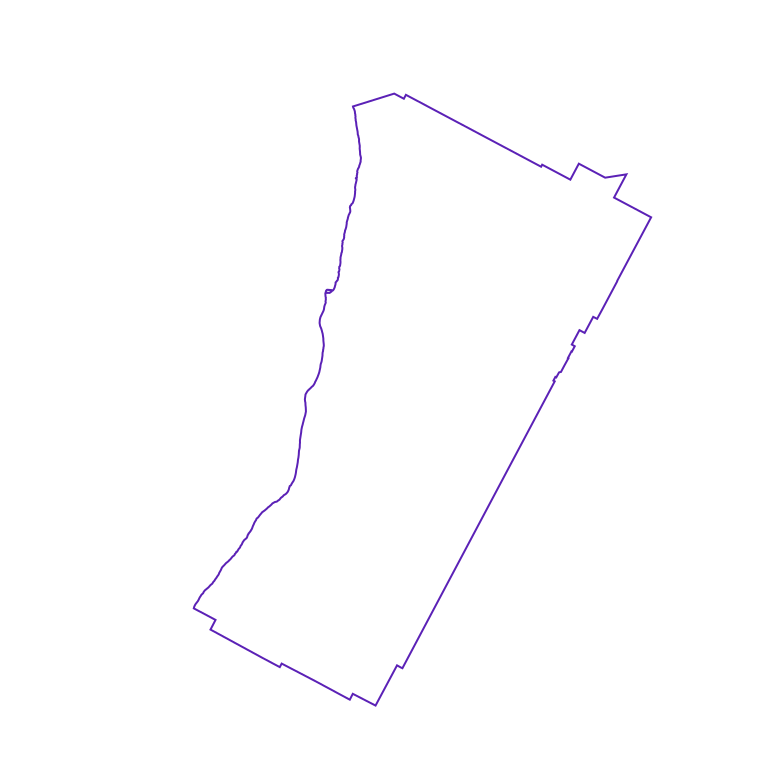 outline of Irwin, Western Australia, Australia, rotated 28°
{"feature_id": "25037944B44454952814800", "entity_name": "Irwin", "entity_type": "district", "adm_level": 2, "iso_a3": "AUS", "parent_name": "Australia", "parent_adm1": "Western Australia", "projection": "mercator", "projection_center": [114.943, -29.341], "detail": "fine", "context": "isolated", "style": "outline", "palette": "violet", "viewbox_px": 768, "rotation_deg": 28, "n_neighbors": 0, "source": "geoboundaries", "source_scale": "gbopen_adm2", "svg_char_len": 6114}
<svg xmlns="http://www.w3.org/2000/svg" viewBox="0 0 768 768"><g transform="rotate(28 384 384)"><path d="M527.5,671.9L527.6,626.3L532.2,626.4L533.7,626.3L533.5,403.4L533.5,301.5L532.0,301.5L532.0,297.3L533.0,297.3L533.1,291.9L533.2,291.4L534.6,290.3L534.6,283.0L534.7,275.7L534.8,275.4L534.8,274.7L534.2,274.7L534.2,267.2L534.7,267.2L534.7,261.1L531.3,261.0L531.3,244.7L537.2,244.7L537.2,226.5L541.6,226.4L541.7,215.1L541.7,183.9L541.5,183.5L541.6,111.4L499.6,111.4L499.6,85.1L482.4,98.0L452.6,98.0L452.6,116.1L420.7,116.1L420.7,118.4L267.6,118.4L267.6,122.8L256.7,122.8L226.3,153.5L227.1,154.4L228.5,155.3L229.8,156.5L230.5,157.3L231.3,158.6L232.1,159.4L232.5,160.2L233.1,160.9L233.5,161.7L233.7,162.3L234.8,163.7L235.1,164.4L236.5,166.0L238.2,168.6L242.3,173.7L243.8,176.1L244.7,176.8L245.6,178.0L246.3,178.7L247.0,179.5L248.1,181.6L250.8,185.1L251.1,185.7L251.3,186.2L251.7,186.8L251.9,187.4L253.8,190.2L255.0,192.2L255.2,192.6L256.8,194.3L257.5,195.2L257.8,195.9L258.6,198.0L258.8,198.4L259.0,198.6L259.1,198.9L259.1,199.2L259.2,199.8L259.2,200.1L259.4,200.6L259.7,203.0L260.1,203.9L260.0,204.4L260.1,205.3L260.0,205.9L260.1,206.8L260.4,208.6L260.6,209.0L261.0,209.4L261.3,209.8L261.4,210.8L261.8,211.3L261.9,212.0L262.1,212.4L262.1,212.8L262.9,214.0L263.1,214.4L263.1,214.8L262.8,214.9L262.6,215.0L262.5,215.4L262.5,215.5L262.7,215.8L263.0,215.9L263.1,215.3L263.3,215.3L264.0,216.6L265.0,220.4L265.2,221.4L265.6,222.3L265.8,223.0L266.0,223.7L266.5,224.6L267.2,225.5L267.6,226.2L268.2,227.9L268.7,228.7L270.0,232.0L270.3,233.0L270.7,234.7L271.1,236.4L271.4,238.8L271.3,239.5L270.9,240.3L270.8,240.9L271.0,241.5L270.9,241.7L270.6,242.6L270.6,243.0L270.8,243.4L270.9,244.0L272.0,245.5L273.1,247.2L273.3,247.7L273.5,248.6L273.4,249.1L273.5,249.6L273.5,250.4L273.5,251.2L274.1,254.3L274.4,254.9L274.9,257.5L275.2,258.8L275.8,259.9L277.0,263.3L277.5,265.8L277.5,266.6L278.1,268.2L278.6,270.6L279.3,271.7L279.4,272.3L280.0,273.2L280.2,274.1L280.4,274.6L280.4,275.6L280.3,276.5L280.2,277.1L280.2,277.3L280.4,277.7L280.9,278.2L281.2,278.7L281.3,279.5L281.6,280.0L281.8,280.3L282.0,281.3L282.2,281.9L282.5,282.3L283.3,283.3L284.0,284.8L284.6,286.6L284.7,286.9L285.0,287.8L284.9,288.5L285.3,289.3L286.2,292.7L287.0,294.2L287.2,295.0L287.8,295.8L288.7,297.5L289.6,300.0L289.7,300.5L289.5,301.3L289.5,301.6L289.9,302.3L290.2,303.1L290.7,303.5L290.8,303.6L291.5,305.7L291.5,306.0L291.3,306.3L291.3,306.6L291.6,307.0L291.9,307.2L292.3,307.7L292.7,308.3L293.2,309.7L293.5,310.8L293.6,311.1L293.4,311.6L293.4,311.9L293.5,312.1L293.9,312.5L294.1,313.2L294.3,313.9L294.2,314.3L294.2,314.6L294.0,314.9L293.9,315.3L294.0,315.7L293.9,316.1L293.6,316.8L293.6,317.1L293.7,317.3L293.9,317.7L294.1,318.0L294.5,319.2L294.7,320.4L295.1,321.9L295.2,324.0L295.0,325.3L294.4,326.0L293.7,325.7L290.1,327.2L290.1,327.3L291.7,326.7L291.9,326.7L292.1,326.5L293.7,325.9L293.9,326.0L293.9,326.5L294.0,326.8L294.2,327.0L293.7,328.1L293.3,328.9L293.2,329.1L292.4,329.4L291.8,329.9L291.4,329.9L290.6,330.5L290.2,330.6L289.7,330.5L289.3,329.5L289.3,329.3L289.2,329.0L289.4,327.1L289.1,328.9L289.2,329.5L289.5,330.4L289.5,330.7L289.6,330.9L289.6,331.3L289.7,331.6L291.1,333.9L291.8,334.8L292.1,335.0L292.4,335.8L292.9,336.5L293.2,337.4L293.7,338.7L294.3,339.4L294.4,339.8L294.5,340.3L294.6,341.8L294.8,342.9L295.0,343.8L295.9,346.2L296.2,347.7L296.5,354.8L297.1,357.2L297.7,358.6L298.1,359.5L298.5,360.4L299.9,362.2L300.5,362.9L302.5,364.5L304.2,366.2L304.8,366.9L306.3,368.5L309.0,372.2L310.2,374.3L311.9,376.8L312.7,378.1L313.1,379.0L313.4,380.1L314.0,381.5L314.1,382.2L314.3,382.6L314.4,382.9L314.7,383.4L315.0,384.9L315.7,386.5L316.4,387.9L318.2,393.0L318.5,394.2L318.7,395.7L319.1,397.1L320.0,399.3L321.3,403.9L321.7,406.2L321.8,407.1L322.1,409.3L322.2,411.6L322.3,413.2L322.2,414.1L322.4,415.4L322.4,417.2L322.2,418.9L321.5,420.6L320.9,422.8L320.6,423.2L320.4,424.3L320.0,425.1L319.9,425.8L319.7,426.7L319.6,429.7L319.7,430.4L320.1,431.3L321.3,434.6L321.7,435.2L322.5,436.4L323.3,437.3L323.6,437.8L324.6,439.5L325.9,441.4L326.8,442.9L328.0,445.0L329.1,448.6L329.7,452.0L330.4,454.7L330.9,456.9L331.2,457.9L331.7,460.3L332.6,463.3L333.5,465.4L336.1,472.9L336.6,473.9L337.4,475.3L338.0,476.8L339.3,479.4L339.6,480.2L340.3,482.9L342.0,486.6L343.0,489.2L343.6,491.2L344.6,493.6L346.1,498.2L346.8,500.9L347.8,503.5L348.3,505.0L349.1,508.1L349.4,509.9L349.6,512.0L349.5,513.2L349.4,513.7L349.4,514.2L349.3,515.4L349.4,516.8L349.2,517.5L348.8,518.2L348.7,518.5L349.0,519.6L349.0,520.2L349.3,521.1L349.5,522.0L349.6,523.7L349.6,524.6L349.2,526.4L348.8,527.5L347.7,529.3L347.4,530.8L346.4,532.9L346.0,535.2L345.7,535.8L345.2,536.6L344.8,537.8L344.2,538.5L343.0,539.5L341.5,541.9L341.3,543.0L340.9,544.2L340.5,545.2L340.3,545.9L339.6,547.1L339.2,548.6L338.8,549.7L338.0,551.7L336.6,554.5L336.4,555.8L336.0,557.5L335.5,560.7L335.2,561.6L334.9,562.1L334.7,562.7L334.9,564.2L334.7,566.1L334.7,567.8L334.9,569.2L334.9,570.5L335.2,572.8L335.3,573.2L335.3,574.0L335.4,574.6L335.3,575.0L335.2,575.5L335.3,576.2L335.1,577.0L335.1,577.6L334.9,578.3L334.8,579.1L334.6,579.5L334.6,579.9L334.8,580.4L334.8,580.6L334.7,580.9L334.6,581.4L335.0,583.3L335.0,584.6L333.9,587.3L333.7,588.1L333.7,589.2L333.5,589.9L333.7,592.0L333.7,592.7L333.4,594.2L333.6,596.0L333.5,596.5L333.2,597.6L333.1,598.2L333.1,599.2L333.0,599.8L333.1,600.3L333.0,601.1L332.9,601.2L332.7,601.2L332.5,601.4L332.4,601.8L332.5,602.3L332.4,603.3L332.1,604.1L332.3,604.8L332.2,605.4L332.0,606.1L331.5,607.0L331.2,607.9L331.0,609.0L330.6,611.1L330.2,611.9L329.9,613.3L329.5,614.3L329.2,615.0L328.9,615.7L328.5,616.6L328.4,617.4L328.2,617.9L328.1,618.6L327.5,620.5L327.2,621.6L327.1,622.5L327.3,624.8L327.2,628.2L327.4,629.3L327.4,630.3L327.1,632.2L327.0,634.0L326.7,635.6L326.6,637.6L326.3,638.5L326.2,639.1L326.1,640.9L325.2,643.0L325.0,643.9L324.5,646.0L322.7,650.4L322.4,652.3L322.5,653.3L322.5,653.7L321.8,655.7L321.7,656.2L321.7,657.1L321.5,659.0L321.6,661.3L321.6,663.0L321.2,665.4L321.0,666.3L320.9,667.9L321.0,669.7L321.4,671.4L346.0,671.4L346.1,682.3L405.6,682.9L424.9,682.9L424.9,678.9L462.8,678.6L502.0,678.8L501.9,672.2L527.5,671.9Z" fill="none" stroke="#5b21b6" stroke-width="2"/></g></svg>